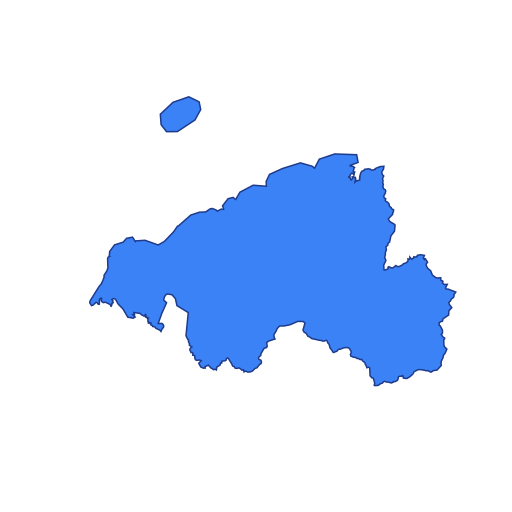 the district of Serua, Central, Fiji, rotated 158°
{"feature_id": "14151628B68154180840071", "entity_name": "Serua", "entity_type": "district", "adm_level": 2, "iso_a3": "FJI", "parent_name": "Fiji", "parent_adm1": "Central", "projection": "albers", "projection_center": [177.939, -18.195], "detail": "fine", "context": "isolated", "style": "filled", "palette": "blue", "viewbox_px": 512, "rotation_deg": 158, "n_neighbors": 0, "source": "geoboundaries", "source_scale": "gbopen_adm2", "svg_char_len": 6096}
<svg xmlns="http://www.w3.org/2000/svg" viewBox="0 0 512 512"><g transform="rotate(158 256 256)"><path d="M194.8,92.0L194.6,91.5L193.7,91.0L191.1,90.3L188.0,91.0L186.4,90.8L184.5,91.8L183.8,91.7L182.2,90.2L180.9,89.7L177.9,87.5L176.1,87.6L175.6,88.1L174.1,87.4L171.5,87.7L170.6,88.4L169.1,90.7L168.0,90.7L165.7,89.9L164.9,90.2L164.6,89.7L165.1,87.6L162.1,85.9L158.6,86.4L154.9,87.7L152.7,89.5L148.1,89.9L145.0,88.5L140.7,85.6L139.7,85.4L137.6,83.0L136.9,82.7L134.4,83.3L130.9,82.4L125.2,85.1L124.6,87.3L123.4,89.2L120.7,91.7L119.2,93.9L117.1,95.0L113.9,98.2L115.1,101.0L115.2,102.9L113.5,107.6L111.9,108.9L111.9,109.4L113.0,110.9L113.7,113.8L112.5,114.2L111.8,115.0L110.9,117.4L111.3,122.0L112.0,123.1L111.3,125.5L109.2,125.9L107.5,125.7L106.4,127.4L105.6,127.8L99.5,129.1L97.7,132.9L93.8,134.8L94.9,138.6L94.7,140.6L92.7,141.4L91.1,142.8L88.3,143.6L87.3,144.9L87.0,145.9L84.3,147.7L90.3,153.4L92.1,154.1L92.2,155.4L89.3,158.1L91.9,158.9L93.1,160.6L93.2,161.1L92.2,162.4L92.3,163.0L93.4,163.7L93.6,164.4L92.9,166.7L96.0,167.6L97.4,168.6L99.6,172.2L99.6,177.0L101.5,180.4L101.7,183.1L101.2,184.9L99.3,185.9L99.3,186.3L100.0,190.0L100.4,190.3L101.2,189.7L101.7,191.3L99.6,193.5L103.1,195.6L106.2,196.2L107.0,195.0L108.8,195.4L109.9,196.2L111.0,195.0L112.9,194.8L113.8,197.3L114.3,195.9L115.2,195.7L116.2,196.4L116.9,194.5L119.1,193.4L122.3,193.6L123.7,192.9L127.3,192.6L128.8,193.2L129.9,194.8L133.5,193.7L134.8,194.2L136.8,196.3L137.3,196.4L137.9,196.0L138.1,194.9L138.7,194.6L141.3,194.6L142.5,195.2L141.0,199.7L137.2,203.2L137.2,206.6L135.5,208.8L134.8,210.8L132.8,212.8L132.2,215.7L129.7,216.7L129.0,218.3L127.0,218.8L123.3,224.2L118.3,227.1L115.5,232.5L115.6,233.3L119.1,238.0L119.4,240.9L113.7,243.4L113.0,245.0L112.1,245.4L111.1,247.4L112.5,248.8L112.5,250.2L113.6,252.1L113.1,254.4L113.8,256.5L115.3,258.4L115.2,259.6L114.3,260.3L115.4,262.3L114.9,264.0L112.9,265.5L111.4,267.5L111.3,268.9L112.4,270.4L112.4,272.7L111.1,274.8L111.1,276.2L109.9,278.5L109.7,280.4L107.6,282.3L108.3,283.9L108.2,285.9L107.4,287.3L105.3,288.7L103.8,291.3L107.5,292.4L111.9,292.4L112.9,292.2L113.0,291.7L116.3,292.1L117.0,292.6L117.3,293.6L119.3,294.8L122.9,295.7L123.6,295.0L126.3,294.9L128.0,293.5L130.0,290.9L130.1,289.9L130.9,289.3L131.2,287.7L133.3,287.6L134.0,288.2L136.6,287.4L134.6,290.3L134.5,291.8L135.4,292.0L135.9,293.0L137.2,293.3L137.2,291.7L139.4,290.9L139.3,293.0L140.5,294.2L140.2,294.7L138.9,294.8L138.7,295.5L136.6,296.9L135.2,296.4L135.2,294.8L134.9,294.3L134.5,294.6L134.5,295.2L133.0,297.0L133.8,297.5L134.1,298.4L132.8,299.7L132.3,300.8L131.5,301.1L132.4,302.7L135.0,304.3L134.6,304.8L126.3,304.5L124.7,312.2L144.7,321.1L161.0,322.1L168.8,315.5L170.3,318.2L179.9,325.7L198.7,327.2L212.9,326.6L218.6,321.4L220.3,316.8L232.1,322.7L247.0,321.2L253.7,316.0L255.3,318.9L260.4,319.6L268.3,315.0L268.2,312.3L268.7,311.4L270.5,312.5L275.1,312.1L275.6,313.4L278.6,316.4L280.9,316.9L286.2,315.7L291.9,317.8L301.1,318.4L316.5,313.0L317.6,313.1L323.5,309.2L335.6,303.8L342.6,302.9L353.1,312.2L362.0,315.1L362.5,314.7L363.4,319.7L369.3,320.9L374.0,318.6L383.0,319.3L389.9,315.1L392.1,310.9L391.8,310.4L393.6,310.3L394.6,309.1L397.8,300.4L399.9,298.0L404.0,295.2L404.8,293.3L407.1,290.7L410.1,288.0L413.1,286.4L426.7,276.5L427.7,274.9L427.1,271.6L425.4,271.5L421.6,273.0L420.9,272.4L420.3,270.3L419.8,270.0L419.4,270.0L419.0,270.7L417.4,274.4L416.5,274.9L415.4,274.9L415.0,274.5L416.1,273.2L416.2,272.1L415.6,270.6L414.9,269.9L413.3,269.7L412.5,269.1L409.8,266.1L409.2,264.9L409.4,264.1L409.0,263.7L407.6,265.2L407.4,266.1L406.4,266.0L405.7,266.6L405.9,267.6L405.4,268.3L406.0,269.6L404.4,270.0L402.5,268.7L401.8,263.0L399.2,256.8L397.8,247.3L393.1,244.3L390.9,244.7L392.1,247.6L390.6,247.1L390.4,249.3L385.1,246.3L384.1,244.3L382.4,242.3L380.3,243.1L380.3,241.6L381.3,241.2L381.3,240.8L380.2,239.7L379.7,239.7L379.0,238.8L380.1,238.4L379.9,237.5L380.7,236.2L380.4,235.5L381.0,234.3L380.5,234.0L380.2,234.8L379.8,234.2L380.0,233.7L378.6,233.4L378.7,233.0L379.3,233.2L379.3,231.5L378.2,230.3L378.2,229.3L377.3,228.9L376.1,227.7L376.0,226.6L372.9,223.2L372.4,221.6L370.7,223.3L368.4,224.6L367.7,225.9L368.0,228.2L368.8,228.9L372.0,230.0L365.1,237.8L356.4,246.2L358.0,249.4L357.9,250.1L356.3,252.2L354.7,253.5L353.3,254.0L351.9,253.8L348.4,251.5L346.7,246.7L347.9,239.6L340.0,228.9L350.8,208.3L350.5,204.2L350.0,203.5L350.7,201.9L350.6,199.5L351.2,198.3L350.3,196.9L350.2,196.0L349.7,195.7L351.6,195.0L352.2,194.3L352.5,193.7L352.4,190.7L351.5,190.5L350.9,189.7L351.8,187.7L350.4,186.9L350.4,185.6L351.0,184.4L351.0,182.4L349.9,181.4L347.5,180.8L346.0,179.5L349.3,178.0L348.8,173.8L346.9,171.8L345.1,171.1L344.6,172.5L341.0,172.6L339.9,169.4L337.8,166.4L336.4,166.4L335.4,165.2L333.9,167.7L330.2,168.3L329.0,170.0L327.9,169.6L327.0,171.3L324.3,170.5L322.9,170.5L321.6,172.1L320.6,172.1L320.0,171.5L318.9,164.8L318.9,162.8L317.7,161.6L317.3,159.7L315.7,158.9L313.7,158.6L312.9,157.7L311.8,155.4L310.3,155.3L310.5,153.0L309.6,153.4L308.2,152.7L307.2,151.5L305.1,150.7L302.2,150.7L299.2,152.1L297.0,152.0L293.2,154.2L291.8,154.2L290.6,155.7L290.5,156.9L290.5,157.6L292.0,159.0L292.1,160.1L291.2,161.2L288.7,162.1L288.2,163.4L283.0,167.4L280.6,167.1L279.4,168.1L278.6,171.7L275.9,172.4L269.5,171.9L269.6,173.8L269.0,176.3L265.4,178.9L263.9,180.5L261.7,181.7L260.2,182.2L256.2,180.6L250.1,179.5L241.7,179.7L236.8,177.6L235.7,175.5L240.2,169.7L239.9,167.3L238.4,165.4L237.9,162.0L236.9,161.3L235.3,158.6L228.0,153.6L227.1,153.3L225.9,152.0L224.7,151.6L222.4,151.5L221.9,150.6L222.0,148.6L221.3,146.8L221.8,142.9L220.8,139.7L220.8,138.4L220.3,137.5L216.6,137.4L215.6,138.1L213.9,138.5L212.7,138.0L209.2,138.0L206.8,137.4L204.6,136.2L204.0,134.9L203.5,131.3L205.4,129.3L205.6,127.7L203.5,125.6L201.8,124.8L200.7,123.1L199.5,122.6L198.2,120.9L196.8,120.6L196.4,118.7L194.9,116.1L195.3,114.6L194.9,113.0L195.1,110.9L193.2,110.7L192.5,109.6L195.0,102.6L195.1,101.9L194.5,101.1L194.5,99.9L193.1,98.9L193.0,98.3L193.6,93.5L194.8,92.0ZM291.6,423.3L294.8,413.3L292.4,404.8L282.3,400.8L261.6,405.0L252.4,412.5L251.0,420.2L258.7,428.8L275.4,429.6L291.6,423.3Z" fill="#3b82f6" stroke="#1e3a8a" stroke-width="1.5"/></g></svg>